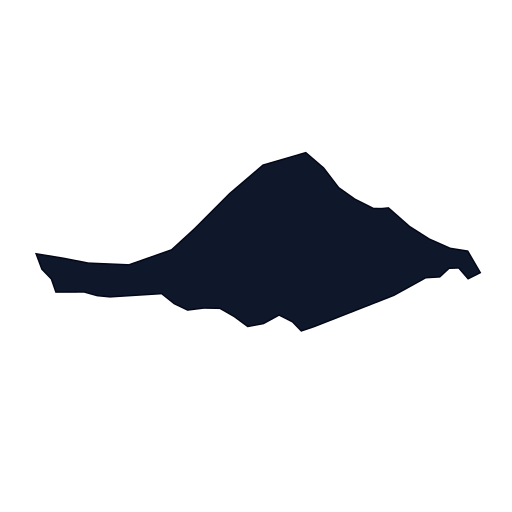 an SVG outline of Pallisa, rotated 163°
{"feature_id": "UGA-3076", "entity_name": "Pallisa", "entity_type": "District", "adm_level": 1, "iso_a3": "UGA", "parent_name": "Uganda", "parent_adm1": "", "projection": "natural_earth1", "projection_center": [33.743, 1.214], "detail": "fine", "context": "isolated", "style": "filled", "palette": "ink", "viewbox_px": 512, "rotation_deg": 163, "n_neighbors": 0, "source": "natural_earth", "source_scale": "10m", "svg_char_len": 702}
<svg xmlns="http://www.w3.org/2000/svg" viewBox="0 0 512 512"><g transform="rotate(163 256 256)"><path d="M68.1,206.6L52.1,198.8L46.4,174.5L59.8,172.2L65.6,185.3L75.0,187.8L86.4,182.3L100.1,185.6L135.6,178.1L220.9,171.5L234.6,171.1L240.3,182.3L251.2,192.8L268.6,189.2L284.5,191.0L294.7,204.7L305.8,216.5L321.1,221.5L337.2,224.3L348.1,234.3L357.2,247.6L407.6,259.6L419.4,264.5L430.8,271.8L457.9,280.0L458.4,293.9L464.6,306.0L465.6,322.4L440.3,309.9L418.6,298.3L380.1,284.7L334.9,286.6L306.4,300.2L262.9,323.4L222.7,340.9L178.2,340.3L165.6,320.4L157.0,297.2L144.8,281.4L129.8,267.1L121.5,264.5L115.3,263.3L100.6,239.4L85.4,221.6L68.1,206.6Z" fill="#0f172a" stroke="#020617" stroke-width="1.5"/></g></svg>